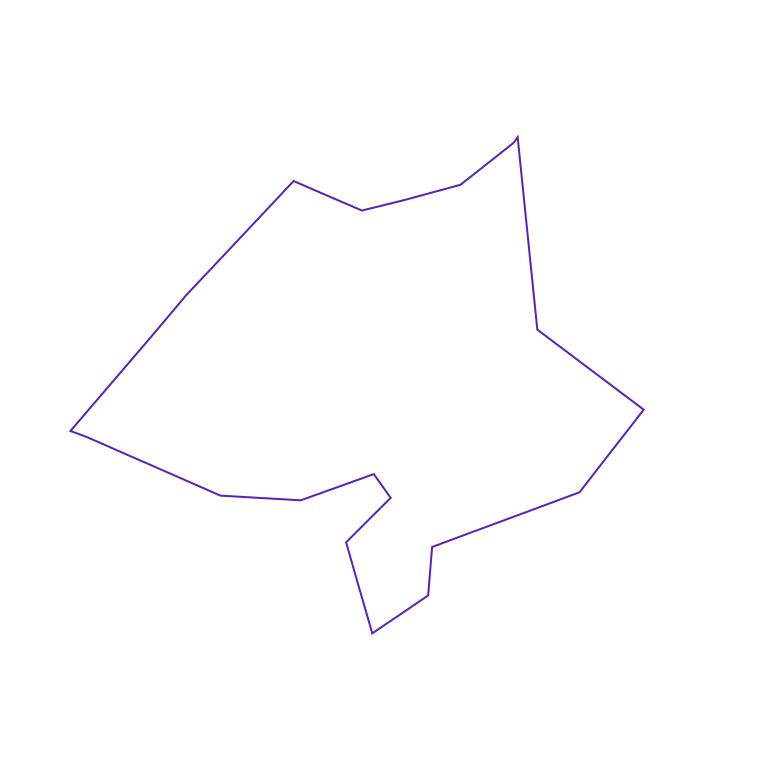 the district of Asgat, Dzavhan, Mongolia, rotated 318°
{"feature_id": "93677404B85882553736113", "entity_name": "Asgat", "entity_type": "district", "adm_level": 2, "iso_a3": "MNG", "parent_name": "Mongolia", "parent_adm1": "Dzavhan", "projection": "robinson", "projection_center": [96.685, 49.51], "detail": "fine", "context": "isolated", "style": "outline", "palette": "violet", "viewbox_px": 768, "rotation_deg": 318, "n_neighbors": 0, "source": "geoboundaries", "source_scale": "gbopen_adm2", "svg_char_len": 1126}
<svg xmlns="http://www.w3.org/2000/svg" viewBox="0 0 768 768"><g transform="rotate(318 384 384)"><path d="M648.5,290.0L641.8,291.5L598.0,288.7L574.1,287.1L559.8,279.9L558.0,279.0L557.4,278.7L552.1,276.0L522.0,260.8L512.6,255.8L512.1,255.5L511.5,255.2L486.7,241.9L484.3,240.7L483.7,240.4L465.0,199.8L452.7,172.8L452.7,172.7L450.6,172.9L448.9,173.0L437.4,173.9L434.8,174.2L298.3,185.5L295.6,185.7L295.3,185.8L252.3,191.8L199.5,198.7L119.5,209.1L127.3,223.8L134.4,239.4L140.0,251.9L140.7,253.5L145.1,263.2L146.9,267.2L152.7,280.0L154.3,283.4L159.8,295.6L163.4,303.6L164.6,306.2L187.8,357.6L192.8,362.6L241.7,412.1L244.2,414.6L244.3,414.8L246.4,415.6L316.1,444.1L312.8,473.1L286.4,474.4L269.5,475.3L267.8,475.4L249.9,476.3L232.4,512.1L223.1,531.3L208.9,560.5L208.4,561.5L213.7,562.2L225.5,563.8L233.4,564.9L234.5,565.1L260.1,568.6L261.8,568.8L275.3,570.7L292.3,554.7L293.0,554.0L310.7,537.3L332.6,546.0L345.9,551.2L346.1,551.3L359.1,556.5L369.4,560.6L456.8,595.3L510.1,585.7L519.7,584.0L521.6,583.7L534.5,581.4L555.7,577.6L558.8,577.0L559.8,576.8L534.3,446.2L648.5,290.0Z" fill="none" stroke="#5b21b6" stroke-width="2"/></g></svg>